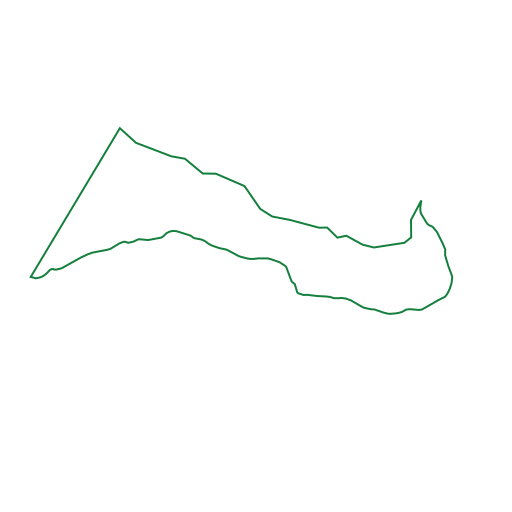 outline of Calhoun, Illinois, United States of America, rotated 300°
{"feature_id": "52423323B51319827777546", "entity_name": "Calhoun", "entity_type": "district", "adm_level": 2, "iso_a3": "USA", "parent_name": "United States of America", "parent_adm1": "Illinois", "projection": "albers", "projection_center": [-90.682, 39.134], "detail": "fine", "context": "isolated", "style": "outline", "palette": "green", "viewbox_px": 512, "rotation_deg": 300, "n_neighbors": 0, "source": "geoboundaries", "source_scale": "gbopen_adm2", "svg_char_len": 1687}
<svg xmlns="http://www.w3.org/2000/svg" viewBox="0 0 512 512"><g transform="rotate(300 256 256)"><path d="M270.8,394.9L272.0,399.1L273.1,401.3L275.3,404.5L277.5,407.4L280.3,410.2L284.7,412.9L286.9,415.9L290.9,424.4L292.7,426.5L308.8,435.9L315.3,440.1L318.9,440.6L324.4,440.2L325.4,440.0L330.3,438.9L335.6,436.6L336.6,435.9L343.5,427.5L351.2,419.4L356.3,416.6L360.3,411.3L367.4,400.5L369.6,394.4L369.2,390.4L369.3,389.2L369.8,387.6L375.3,377.6L377.7,375.5L380.6,373.8L386.8,371.4L364.7,372.2L349.7,381.1L341.6,377.9L322.3,353.8L319.1,342.6L318.7,324.1L312.6,317.3L316.2,303.5L312.0,296.3L304.2,267.4L298.3,250.3L298.9,236.1L310.8,211.1L307.2,180.1L300.8,168.6L304.7,145.8L300.0,132.9L294.0,95.5L298.6,74.2L125.2,71.4L125.7,72.9L126.6,76.5L129.5,79.7L131.7,81.4L133.6,82.4L137.0,83.6L140.6,84.4L142.3,85.4L143.3,86.7L143.4,88.2L144.8,90.3L148.2,93.8L166.8,104.9L173.0,109.2L177.0,112.5L187.1,124.2L189.5,126.4L198.9,131.6L202.0,134.1L203.0,135.8L203.5,138.7L207.2,142.7L211.6,145.7L212.5,147.3L215.9,154.6L224.5,164.7L226.0,165.6L231.2,167.2L234.0,169.1L236.1,171.4L237.7,174.6L240.6,187.5L240.9,189.2L240.5,193.4L243.0,200.5L243.3,203.0L243.3,205.5L242.9,208.3L242.9,212.0L244.5,220.4L246.6,226.6L246.9,229.0L247.3,241.4L248.0,244.3L249.5,249.7L250.7,252.7L252.0,255.0L255.0,259.1L258.9,265.8L259.8,267.3L260.6,270.2L262.4,279.3L262.0,286.6L261.5,287.8L252.0,299.3L251.6,300.2L251.1,303.6L245.5,309.5L244.9,310.5L244.9,311.6L246.0,316.6L248.0,319.8L251.9,328.9L256.3,337.6L257.6,340.7L258.3,344.0L258.9,345.4L260.3,347.9L261.0,349.1L261.9,350.0L264.0,354.8L265.0,360.2L265.0,372.9L265.2,375.5L267.4,382.3L268.9,385.2L270.8,394.9Z" fill="none" stroke="#15803d" stroke-width="2"/></g></svg>